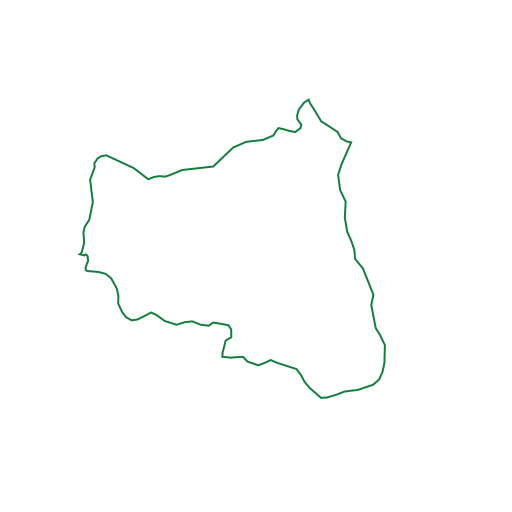 Boda, Lobaye, Central African Republic, rotated 233°
{"feature_id": "33826404B82101327169951", "entity_name": "Boda", "entity_type": "district", "adm_level": 2, "iso_a3": "CAF", "parent_name": "Central African Republic", "parent_adm1": "Lobaye", "projection": "albers", "projection_center": [17.344, 4.053], "detail": "fine", "context": "isolated", "style": "outline", "palette": "green", "viewbox_px": 512, "rotation_deg": 233, "n_neighbors": 0, "source": "geoboundaries", "source_scale": "gbopen_adm2", "svg_char_len": 1717}
<svg xmlns="http://www.w3.org/2000/svg" viewBox="0 0 512 512"><g transform="rotate(233 256 256)"><path d="M363.5,116.3L359.9,119.1L359.6,121.1L357.0,121.4L355.6,120.3L353.2,119.1L351.5,116.2L349.2,112.7L346.9,111.6L345.5,112.2L342.3,115.9L338.0,120.6L332.2,125.2L325.3,126.9L313.7,125.2L306.8,122.0L301.1,117.4L292.1,115.4L285.2,115.4L279.4,118.0L276.6,123.2L275.1,131.5L274.0,138.2L268.5,141.1L259.0,144.0L248.9,151.2L246.0,159.3L242.2,165.7L234.2,170.6L228.7,176.4L228.7,181.6L224.9,185.3L217.4,192.3L212.3,192.0L205.9,187.3L206.8,181.0L201.9,174.9L199.0,171.2L195.8,168.5L189.8,174.9L187.2,179.2L184.6,183.0L183.1,185.0L176.8,185.6L173.0,188.2L167.3,192.0L165.5,198.3L164.1,205.0L156.9,209.3L141.3,220.3L134.1,220.3L126.6,219.1L118.2,219.4L110.7,221.1L103.5,222.6L100.1,227.8L96.6,237.6L94.6,244.8L91.4,250.6L87.9,256.4L84.8,265.7L82.7,272.0L83.3,280.1L87.3,287.3L93.4,294.3L103.2,302.1L107.2,305.3L118.8,307.6L126.3,308.2L147.6,318.6L154.3,326.4L181.7,333.9L194.1,333.4L201.8,338.3L210.8,341.2L220.6,343.5L233.3,350.1L245.4,360.3L258.1,362.9L271.4,370.4L278.0,379.9L289.5,400.4L292.9,397.4L298.8,394.7L306.0,395.8L315.8,392.3L324.3,389.1L336.3,390.4L345.7,391.1L349.2,392.1L349.6,386.7L347.2,378.4L343.5,373.4L340.3,371.3L333.5,371.2L331.3,368.2L331.5,361.7L336.6,357.3L340.7,354.3L344.6,351.0L344.0,348.0L341.8,342.5L344.4,331.6L353.1,316.8L356.4,303.1L353.2,275.7L369.1,248.8L372.1,237.2L373.9,231.4L378.0,226.8L380.5,222.0L382.2,216.1L399.7,211.3L426.5,197.0L428.9,192.4L429.3,188.3L427.4,182.8L423.9,180.5L416.7,169.3L410.8,166.1L407.3,163.9L399.7,159.6L397.1,158.0L385.3,144.7L382.4,136.7L378.3,132.1L370.2,126.9L368.0,124.3L363.7,118.9L363.5,116.3Z" fill="none" stroke="#15803d" stroke-width="2"/></g></svg>